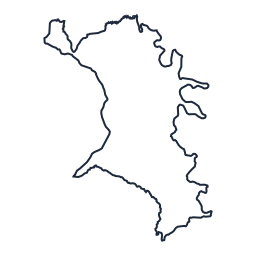 Litsoetse, Thaba-Tseka, Lesotho
{"feature_id": "5366337B64574994028715", "entity_name": "Litsoetse", "entity_type": "district", "adm_level": 2, "iso_a3": "LSO", "parent_name": "Lesotho", "parent_adm1": "Thaba-Tseka", "projection": "mercator", "projection_center": [28.676, -29.707], "detail": "fine", "context": "isolated", "style": "outline", "palette": "slate", "viewbox_px": 256, "rotation_deg": 0, "n_neighbors": 0, "source": "geoboundaries", "source_scale": "gbopen_adm2", "svg_char_len": 5769}
<svg xmlns="http://www.w3.org/2000/svg" viewBox="0 0 256 256"><path d="M73.5,176.5L78.3,177.0L81.6,175.8L84.9,173.3L87.0,172.6L87.8,170.5L88.6,169.7L89.8,169.6L90.5,167.9L91.4,168.1L92.3,167.6L94.0,167.5L94.4,167.0L94.1,166.5L94.4,166.1L95.9,165.4L96.9,166.7L97.7,166.7L101.4,168.4L102.0,169.5L103.5,170.5L103.9,170.6L104.9,170.1L107.3,171.0L108.6,172.2L109.8,172.8L112.8,175.1L114.9,175.5L115.3,176.0L119.4,176.4L120.7,177.2L121.8,177.1L122.8,177.9L124.5,180.1L126.8,180.8L127.1,181.7L128.3,183.0L129.2,182.7L129.9,183.3L131.0,183.5L132.5,183.2L134.8,183.7L136.2,185.2L136.8,186.5L137.5,186.7L138.7,186.2L139.2,186.3L140.5,187.1L141.3,188.5L143.2,189.1L144.0,189.0L144.4,189.4L144.6,190.5L146.0,192.1L147.1,190.7L148.4,191.1L149.6,192.6L149.9,193.7L150.5,194.1L151.8,197.0L152.2,197.2L153.3,197.0L155.3,198.9L156.1,199.0L156.6,200.0L156.4,201.2L157.5,202.5L159.2,203.6L160.0,205.0L160.1,206.4L159.9,207.4L160.9,208.8L160.5,210.0L160.7,211.8L160.3,212.7L159.3,212.9L158.9,214.3L159.2,216.2L160.4,219.1L159.2,220.9L157.7,222.0L157.9,223.3L157.6,223.9L156.7,224.4L156.9,226.0L156.6,227.7L155.3,229.0L155.6,230.2L156.3,231.0L157.0,232.8L157.0,233.5L156.4,234.1L156.4,234.6L156.9,234.9L158.2,234.4L158.3,233.1L158.7,232.1L161.2,232.9L161.7,233.4L162.1,235.6L161.7,238.3L161.7,239.9L162.1,240.6L164.2,240.1L164.8,236.9L166.2,235.2L167.5,234.6L168.5,234.7L169.5,233.8L172.3,232.2L173.8,230.9L175.7,228.1L177.7,226.7L184.2,225.9L185.3,226.3L185.9,226.2L186.8,225.1L187.7,222.7L188.0,222.2L188.9,221.9L189.4,221.2L189.1,220.1L189.2,218.8L190.1,217.6L191.7,217.7L192.9,217.3L200.9,217.7L203.7,216.3L205.6,216.7L210.1,216.3L210.9,215.5L210.8,214.4L211.6,211.5L210.9,211.1L206.8,212.8L205.0,212.9L203.1,212.0L201.8,209.8L201.7,206.5L201.2,205.1L198.6,200.7L197.0,199.6L196.7,198.4L197.8,196.1L198.7,195.1L199.2,192.6L200.4,191.5L201.1,191.2L205.3,192.9L206.1,192.7L206.5,191.3L206.3,187.9L206.7,187.2L207.7,186.6L207.4,185.5L204.6,184.7L199.7,184.8L198.6,183.9L196.9,183.5L194.4,182.0L192.6,181.6L191.0,182.0L189.8,181.8L187.7,180.1L187.2,179.3L187.3,177.0L186.8,176.4L186.8,175.4L189.0,172.5L192.5,168.7L194.8,166.6L195.6,162.8L194.7,161.4L194.8,158.3L195.3,157.7L196.4,157.1L196.9,156.2L196.8,155.7L195.4,154.1L194.2,153.8L193.3,153.9L192.1,155.2L190.9,155.9L185.7,155.0L185.4,154.7L184.9,152.0L184.0,149.2L182.5,148.5L180.0,146.6L178.5,144.9L176.1,140.8L174.9,140.0L174.1,140.4L172.9,139.6L171.8,137.0L170.9,136.2L171.4,134.4L174.8,132.2L175.2,131.2L176.4,129.8L175.3,126.6L174.0,125.2L173.5,122.1L174.4,118.5L177.8,115.8L178.2,114.6L177.8,107.2L179.2,105.1L180.0,104.6L182.8,105.4L183.8,106.5L187.0,113.2L189.0,114.3L194.5,114.1L195.8,114.4L198.1,116.3L201.8,118.3L204.0,118.2L205.1,117.6L205.6,116.7L205.5,115.5L205.0,115.0L203.0,114.3L202.0,113.4L198.4,106.0L194.3,103.1L191.6,101.8L186.5,102.1L185.1,101.6L182.4,99.0L180.1,94.2L179.8,91.7L180.0,90.3L180.7,89.2L181.9,88.0L188.0,84.6L189.2,84.7L190.6,85.2L191.7,86.2L192.7,87.9L194.4,87.8L197.2,85.9L198.4,85.9L202.3,87.4L203.9,88.4L204.8,88.5L207.1,88.0L208.3,86.7L208.4,85.1L206.9,83.5L203.0,83.5L201.1,83.1L197.0,81.8L192.2,79.5L182.7,78.1L181.8,78.3L181.0,79.1L180.2,79.0L179.2,77.0L178.6,73.2L181.3,66.8L181.4,58.5L182.2,56.4L181.8,55.6L179.6,54.8L177.2,52.8L175.9,51.4L175.3,49.8L173.8,50.0L172.8,51.0L171.3,58.4L171.2,61.0L171.7,63.4L170.8,65.0L168.6,66.0L167.5,66.0L165.4,66.6L163.9,66.3L162.0,65.2L160.8,63.6L159.2,59.8L160.1,55.6L164.4,50.8L164.4,49.9L163.7,49.0L161.9,48.3L159.9,46.5L158.5,46.5L157.3,47.0L156.2,46.7L154.9,45.7L154.6,44.3L154.1,43.2L154.4,42.2L156.4,40.6L157.2,40.2L159.2,40.5L160.2,40.0L161.0,38.3L160.8,36.4L158.6,33.8L157.0,31.4L156.7,30.4L153.6,30.7L151.0,30.1L148.7,28.4L147.5,26.3L146.6,25.7L143.2,24.8L142.6,23.9L141.3,24.4L140.9,25.4L141.3,27.5L142.2,29.4L142.1,31.3L141.1,32.0L140.1,31.6L139.2,29.3L139.3,27.4L137.3,21.9L136.8,19.2L137.2,16.6L136.7,15.4L135.6,16.3L134.8,16.2L135.1,16.6L134.8,17.4L134.4,17.4L134.0,18.3L133.7,18.3L133.0,17.5L132.9,18.4L132.1,18.6L130.9,17.8L130.8,18.6L130.3,18.6L130.0,18.5L130.3,18.0L129.8,17.9L129.6,17.3L128.4,17.3L128.0,16.4L127.2,17.2L127.1,16.4L126.2,17.0L125.9,16.2L125.4,16.8L124.8,17.0L124.8,16.3L124.5,16.2L123.4,17.1L123.6,17.9L122.7,18.1L122.4,18.7L121.6,18.9L121.0,20.1L120.4,20.4L120.2,21.2L119.0,21.5L118.5,22.3L118.1,22.0L117.5,22.2L117.4,22.6L116.2,21.8L115.8,22.4L116.0,23.2L115.1,22.8L115.0,22.5L115.2,22.1L114.8,21.9L112.4,23.4L112.1,23.2L112.7,22.0L112.4,21.7L111.7,22.2L111.4,23.2L110.6,22.2L109.8,22.9L109.1,23.0L108.6,22.3L107.8,23.3L106.6,23.4L106.3,24.2L105.9,24.3L106.2,25.1L105.3,26.2L105.6,27.1L105.4,28.9L104.9,30.4L104.4,30.8L100.6,31.9L98.4,33.0L89.6,33.9L88.8,34.5L87.4,34.5L87.2,34.8L87.2,36.8L86.8,37.2L85.7,37.9L83.2,38.2L80.9,40.5L79.5,43.0L77.6,45.5L76.6,48.8L74.7,51.5L73.9,51.9L73.5,51.9L72.6,51.0L71.5,48.8L71.2,48.0L71.4,44.8L71.2,43.2L69.9,41.0L67.9,39.4L67.6,38.7L67.6,36.2L66.4,34.5L65.5,33.7L65.1,32.5L64.4,31.8L63.4,31.6L63.4,29.6L62.8,28.9L63.7,27.5L63.5,26.9L64.1,26.1L63.8,25.7L63.5,25.8L64.2,21.9L63.8,21.6L64.2,21.0L63.7,20.9L61.5,22.0L59.8,21.7L58.1,19.4L57.5,19.5L57.2,20.5L56.7,20.8L55.2,20.1L52.2,20.7L50.9,21.7L49.9,23.2L49.3,33.6L46.4,37.1L44.5,38.0L44.4,38.4L44.7,42.4L45.2,43.1L46.3,43.7L47.5,43.7L52.0,46.3L54.4,47.3L55.9,47.7L57.9,49.5L59.3,49.4L59.9,50.0L61.2,53.3L61.9,53.7L64.8,54.3L68.0,53.5L72.0,54.9L72.9,56.3L78.4,60.5L79.4,63.0L81.3,65.2L90.9,68.5L92.0,70.3L95.0,71.9L96.1,73.6L96.1,74.5L97.0,76.7L98.9,80.4L102.4,85.0L103.4,88.1L104.2,89.6L105.3,94.9L107.5,98.9L107.3,99.9L105.4,101.7L104.3,103.3L103.4,107.1L101.4,110.8L101.3,113.4L102.1,117.3L104.7,124.3L105.9,126.8L108.6,129.7L109.8,131.6L109.4,134.1L101.8,148.4L99.4,149.9L94.4,152.1L92.1,153.7L90.3,157.4L86.9,162.2L80.1,168.4L77.0,170.6L75.0,174.7L73.9,175.7L73.5,176.5Z" fill="none" stroke="#1e293b" stroke-width="2"/></svg>